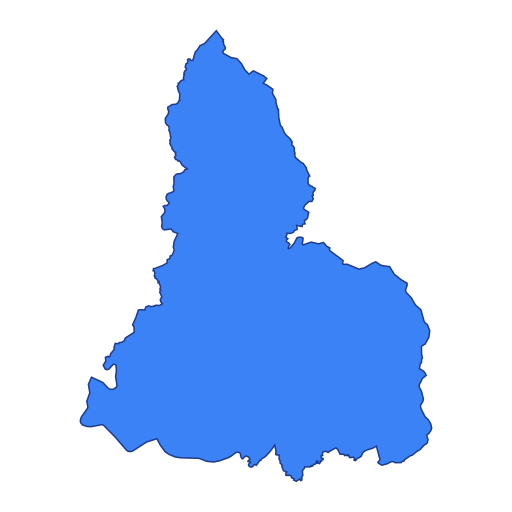 the district of Mueang Chanthaburi, Chanthaburi, Thailand
{"feature_id": "78962969B33919440626179", "entity_name": "Mueang Chanthaburi", "entity_type": "district", "adm_level": 2, "iso_a3": "THA", "parent_name": "Thailand", "parent_adm1": "Chanthaburi", "projection": "albers", "projection_center": [102.113, 12.63], "detail": "fine", "context": "isolated", "style": "filled", "palette": "blue", "viewbox_px": 512, "rotation_deg": 0, "n_neighbors": 0, "source": "geoboundaries", "source_scale": "gbopen_adm2", "svg_char_len": 6061}
<svg xmlns="http://www.w3.org/2000/svg" viewBox="0 0 512 512"><path d="M195.4,51.7L192.8,60.4L190.5,60.4L190.2,59.2L189.6,59.0L188.5,58.9L187.5,59.6L187.9,61.3L187.3,63.1L185.8,64.0L185.2,67.5L186.3,68.4L186.4,69.8L185.1,70.5L184.0,72.5L184.3,74.0L183.8,74.4L184.2,75.3L183.6,76.6L183.4,78.9L183.8,79.8L181.5,80.4L180.0,81.6L179.7,83.0L178.1,83.3L178.3,85.0L177.1,86.4L178.0,88.1L177.7,88.9L179.9,94.5L179.4,99.2L179.9,100.4L178.6,101.1L177.9,103.0L175.9,104.2L172.2,104.5L167.8,107.2L167.8,109.2L168.7,111.2L168.3,113.9L165.3,118.3L165.5,122.8L167.2,125.2L168.8,126.2L169.2,128.9L168.8,130.3L169.5,131.3L170.4,134.7L170.3,136.3L171.0,137.4L169.7,140.8L170.3,141.9L169.8,143.6L171.9,147.4L172.0,148.9L174.7,152.1L175.6,152.0L175.9,152.8L175.3,154.1L175.9,155.6L174.4,157.2L175.7,159.5L177.0,159.6L177.8,161.0L179.7,161.1L182.3,165.3L187.2,168.9L184.8,169.8L183.6,171.9L180.7,173.6L176.3,174.1L173.9,176.9L174.0,183.8L173.2,186.7L174.0,190.7L172.4,192.1L168.1,193.6L167.0,194.5L166.0,197.3L166.4,199.6L167.8,201.5L168.8,202.0L168.9,203.4L167.3,205.4L164.9,205.5L163.2,206.3L164.6,208.6L165.0,211.5L164.4,213.0L161.3,216.6L162.2,222.3L161.6,226.7L162.8,229.0L164.3,229.9L171.0,229.0L173.3,231.8L177.8,233.5L174.1,241.5L173.3,247.2L174.2,249.9L173.1,253.2L171.9,255.5L170.2,255.9L169.7,258.7L167.2,259.6L167.1,262.9L162.9,265.4L154.6,268.6L153.5,268.6L153.1,270.7L154.1,270.7L154.9,273.3L154.3,276.0L155.0,276.5L154.8,277.3L155.5,278.5L156.5,278.6L158.1,281.1L158.0,282.4L159.0,281.9L158.9,283.1L160.1,285.3L160.5,286.9L159.9,289.3L160.8,290.2L159.9,291.2L159.8,292.4L161.8,296.7L160.2,299.8L161.1,302.4L162.3,303.8L159.8,305.4L155.4,305.3L154.6,306.2L153.7,305.9L152.3,306.5L150.4,306.5L148.9,305.8L146.5,306.6L145.9,306.9L144.6,310.2L142.0,309.6L138.4,310.0L136.0,317.2L132.6,324.9L134.0,326.9L134.2,332.3L125.3,338.0L124.3,340.7L122.0,342.2L119.2,342.6L118.7,343.7L115.2,343.4L114.0,347.7L114.4,349.2L110.6,353.7L109.8,356.7L108.9,357.0L107.9,356.2L105.4,357.3L105.8,361.0L103.2,365.3L105.4,369.3L107.0,369.7L108.8,369.2L113.4,364.3L114.9,364.2L116.0,365.4L116.4,370.8L115.6,376.7L117.0,385.4L116.2,387.4L113.1,389.3L110.0,389.3L108.0,388.0L102.8,382.5L91.5,377.2L88.4,384.3L89.8,392.8L86.8,401.3L87.8,406.5L87.6,408.1L81.2,417.2L80.3,420.5L80.6,422.6L82.5,425.0L87.2,426.5L91.2,426.7L101.6,424.7L103.4,425.1L115.2,437.1L126.3,450.0L128.2,451.4L130.5,451.6L132.9,450.9L146.5,442.1L156.9,438.7L160.5,445.5L165.1,451.7L169.0,454.4L175.3,457.0L180.9,457.8L198.9,458.3L206.7,461.3L213.6,462.0L219.6,460.8L228.3,457.7L230.6,456.5L236.1,452.4L238.1,452.1L240.1,453.0L241.1,457.3L242.1,458.7L242.9,458.7L244.5,456.9L246.1,456.0L248.5,456.9L250.0,459.3L248.1,460.8L248.0,461.5L250.2,461.8L250.7,462.2L248.7,464.0L248.5,465.4L249.3,466.4L251.0,467.1L252.5,466.8L254.5,464.4L256.3,465.3L259.8,460.4L260.6,460.5L262.0,458.6L265.2,456.7L269.9,451.8L274.7,445.1L276.0,451.0L275.7,454.4L276.3,454.9L279.1,455.0L279.1,459.3L280.1,460.8L280.1,463.1L281.8,464.6L281.9,466.5L283.4,470.7L286.7,472.1L286.0,472.8L285.8,475.2L288.2,475.6L289.0,475.1L291.2,475.8L291.5,477.8L294.0,478.7L293.7,480.0L296.2,481.3L300.0,478.9L300.6,480.6L301.6,480.4L302.0,478.6L301.7,476.9L302.8,475.4L302.4,470.7L304.2,468.6L304.7,466.9L310.1,466.9L311.0,465.8L311.3,466.4L312.0,466.2L313.1,465.6L313.4,464.4L314.8,464.3L316.6,463.2L316.0,461.7L317.0,460.9L317.7,461.2L317.8,463.2L319.5,463.6L320.4,462.2L320.4,461.0L321.5,461.1L321.8,460.3L323.2,459.5L323.1,458.5L321.5,458.3L321.0,456.0L322.7,455.5L322.3,453.6L323.3,451.9L326.1,451.2L327.5,452.3L328.5,452.4L329.1,451.6L335.9,447.8L337.9,449.7L340.1,454.3L343.9,454.2L344.6,455.6L347.4,454.7L347.3,455.7L349.1,455.5L349.1,456.8L349.9,457.7L353.2,457.1L355.0,458.9L354.1,459.5L354.1,460.3L355.5,460.6L357.5,458.2L358.8,457.9L361.1,456.4L362.9,452.7L364.7,451.1L367.4,449.8L372.7,448.2L376.4,446.2L380.0,459.7L377.8,462.4L378.5,463.2L381.8,465.2L387.2,463.8L391.5,461.6L393.6,461.7L395.0,462.7L401.2,462.6L402.2,461.3L404.1,461.0L404.7,459.6L410.4,455.7L412.0,455.3L417.6,450.9L419.8,449.8L424.5,444.8L425.9,444.2L427.3,442.7L428.0,439.6L426.9,435.9L427.0,434.8L429.0,433.3L431.0,430.2L431.7,427.9L430.6,423.5L428.1,419.5L425.0,416.7L420.9,408.5L420.5,406.6L420.5,405.3L422.9,401.4L423.4,399.0L421.5,391.4L419.2,387.0L419.2,385.0L422.5,378.3L426.2,375.4L425.0,372.9L423.5,371.1L419.4,368.6L420.2,364.1L421.5,362.5L421.6,359.4L422.4,357.9L421.6,353.9L421.4,347.0L422.2,345.7L425.1,344.1L428.9,337.2L429.7,330.6L427.3,324.5L425.0,322.8L424.1,321.3L420.9,309.8L415.3,304.9L411.5,298.1L406.1,292.3L405.6,289.6L407.1,285.5L407.1,283.2L401.1,279.7L394.3,274.3L389.6,266.6L383.1,265.8L380.4,265.0L375.8,261.8L372.5,263.1L364.0,268.1L361.7,268.3L359.2,269.2L347.2,264.2L343.5,264.4L342.6,263.3L343.1,260.6L329.8,250.6L329.3,249.6L329.9,248.0L326.8,246.4L323.5,242.5L318.5,243.8L311.2,242.1L303.4,244.8L302.5,244.3L302.3,243.6L303.1,238.6L302.7,237.7L301.6,237.3L298.9,237.2L297.0,237.8L294.2,243.2L290.0,248.1L288.6,248.7L288.2,248.3L288.9,245.6L289.9,244.6L288.9,243.1L286.4,241.6L286.5,240.0L287.9,238.8L285.7,237.1L286.8,235.1L286.8,233.3L290.0,233.5L291.9,232.9L293.5,232.2L294.2,230.7L297.2,229.4L296.6,225.4L302.1,226.6L302.4,224.8L303.0,224.1L305.0,223.9L304.4,221.4L305.0,220.2L306.1,219.7L307.5,218.1L308.7,212.3L304.1,209.4L303.5,208.1L304.7,205.4L309.1,201.4L311.9,201.5L313.3,198.7L312.1,196.0L313.2,195.5L313.0,192.2L314.8,190.4L315.3,188.4L312.4,187.0L312.1,186.3L310.5,186.0L308.1,183.7L308.1,178.3L309.1,176.1L309.7,176.0L307.0,170.8L306.3,167.8L303.2,163.4L300.6,162.0L295.3,157.4L294.7,154.9L295.0,153.4L294.3,150.7L294.4,148.2L293.2,146.0L291.8,145.2L292.1,141.6L290.1,138.8L286.0,135.0L284.2,132.3L282.0,127.0L280.4,125.5L278.8,117.6L278.4,109.2L277.8,109.3L276.1,103.1L275.8,99.4L272.4,93.3L272.9,89.3L266.8,85.0L263.2,83.3L266.8,78.6L264.1,76.2L253.3,70.8L248.8,74.3L246.8,71.7L245.2,70.4L241.4,63.6L236.8,58.6L231.1,57.6L223.5,53.4L222.7,51.2L225.2,49.0L225.4,47.5L223.7,44.3L223.4,41.7L222.7,41.5L223.5,39.7L221.3,37.6L216.3,30.7L204.5,43.6L200.0,45.6L197.4,49.8L195.4,51.7Z" fill="#3b82f6" stroke="#1e3a8a" stroke-width="1.5"/></svg>